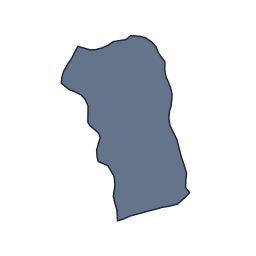 Ovgoros, Cyprus, rotated 200°
{"feature_id": "46923920B72580164360540", "entity_name": "Ovgoros", "entity_type": "district", "adm_level": 2, "iso_a3": "CYP", "parent_name": "Cyprus", "parent_adm1": "", "projection": "mercator", "projection_center": [33.939, 35.382], "detail": "fine", "context": "isolated", "style": "filled", "palette": "slate", "viewbox_px": 256, "rotation_deg": 200, "n_neighbors": 0, "source": "geoboundaries", "source_scale": "gbopen_adm2", "svg_char_len": 1014}
<svg xmlns="http://www.w3.org/2000/svg" viewBox="0 0 256 256"><g transform="rotate(200 128 128)"><path d="M48.1,88.4L53.6,91.8L56.3,100.5L57.3,105.1L63.7,113.8L68.2,119.3L71.0,123.4L77.8,133.5L89.2,144.5L92.9,150.9L94.7,157.8L95.1,163.8L96.5,169.3L97.9,174.3L101.1,179.4L104.7,183.9L109.3,188.5L113.0,194.5L116.1,203.2L121.6,206.4L125.3,209.2L129.4,213.7L135.3,217.0L143.1,218.8L147.6,218.3L152.7,217.0L154.6,216.4L155.4,216.1L157.2,215.6L160.0,210.5L171.4,204.1L174.6,199.5L179.6,194.5L185.5,190.4L190.1,188.5L202.9,187.6L203.8,182.6L204.7,174.3L206.1,169.3L207.9,159.2L207.4,152.8L206.1,147.3L196.5,144.0L191.9,144.0L183.7,143.1L178.2,140.4L173.2,135.3L171.4,130.3L167.7,119.7L164.1,117.0L159.1,115.2L153.6,112.9L150.8,109.2L150.4,101.9L149.9,96.4L147.2,90.4L144.4,86.3L134.0,85.8L124.4,77.6L120.7,69.8L118.4,58.8L115.2,53.7L110.2,46.8L106.1,37.2L101.1,40.9L96.1,45.9L90.1,50.1L80.5,56.9L73.7,61.5L68.7,65.2L63.7,67.9L55.4,73.4L50.0,83.5L48.1,88.4Z" fill="#64748b" stroke="#1e293b" stroke-width="1.5"/></g></svg>